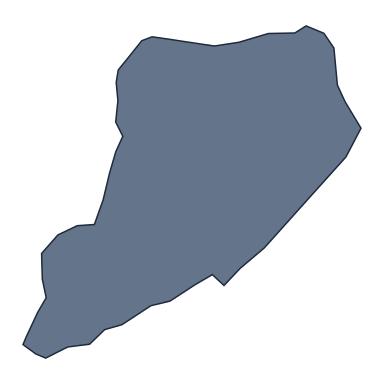 outline of Richmond, New York, United States of America
{"feature_id": "52423323B38635571773884", "entity_name": "Richmond", "entity_type": "district", "adm_level": 2, "iso_a3": "USA", "parent_name": "United States of America", "parent_adm1": "New York", "projection": "equal_earth", "projection_center": [-74.171, 40.574], "detail": "fine", "context": "isolated", "style": "filled", "palette": "slate", "viewbox_px": 384, "rotation_deg": 0, "n_neighbors": 0, "source": "geoboundaries", "source_scale": "gbopen_adm2", "svg_char_len": 738}
<svg xmlns="http://www.w3.org/2000/svg" viewBox="0 0 384 384"><path d="M115.8,151.7L109.6,172.9L103.1,200.0L94.4,224.4L94.4,224.5L77.2,225.7L57.9,234.9L41.6,253.5L42.3,279.2L46.2,297.7L37.6,312.5L26.4,336.5L23.0,344.6L35.7,353.9L45.7,358.1L67.6,347.0L89.6,344.2L104.7,329.6L121.9,324.7L150.9,305.7L170.0,301.1L194.6,285.0L211.9,274.9L212.3,274.6L224.0,285.5L240.2,268.3L264.2,248.0L307.6,199.6L346.0,156.9L350.3,148.7L361.0,128.2L345.3,102.1L344.6,100.7L337.4,85.1L333.9,48.0L323.9,33.3L306.1,25.9L294.8,33.0L268.4,33.5L238.8,42.3L214.2,46.0L184.7,41.6L169.7,39.3L152.1,36.8L141.8,40.7L126.5,59.8L121.1,66.4L118.2,70.1L116.2,82.5L117.9,100.7L115.7,122.0L122.8,136.3L115.8,151.7Z" fill="#64748b" stroke="#1e293b" stroke-width="1.5"/></svg>